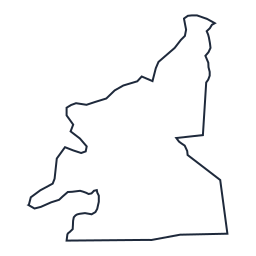 Dire, Timbuktu, Mali
{"feature_id": "8926073B18441291459751", "entity_name": "Dire", "entity_type": "district", "adm_level": 2, "iso_a3": "MLI", "parent_name": "Mali", "parent_adm1": "Timbuktu", "projection": "natural_earth1", "projection_center": [-3.375, 16.321], "detail": "fine", "context": "isolated", "style": "outline", "palette": "slate", "viewbox_px": 256, "rotation_deg": 0, "n_neighbors": 0, "source": "geoboundaries", "source_scale": "gbopen_adm2", "svg_char_len": 1350}
<svg xmlns="http://www.w3.org/2000/svg" viewBox="0 0 256 256"><path d="M148.2,239.9L151.4,240.0L180.1,234.7L227.4,233.7L220.2,180.0L187.6,155.0L187.2,151.0L184.7,145.6L181.4,143.4L179.0,141.6L176.3,138.0L202.9,135.1L206.2,82.5L208.2,79.7L209.7,75.7L209.7,71.9L208.5,67.2L208.3,62.7L205.4,55.8L208.5,52.2L210.5,47.9L210.2,45.3L209.9,43.0L208.9,37.5L208.1,34.5L206.7,31.2L209.8,28.3L211.9,24.8L214.8,23.2L213.6,22.5L213.4,22.4L207.0,18.9L197.0,15.4L191.8,15.4L187.9,15.8L184.0,18.5L184.0,18.8L186.1,29.7L184.9,35.9L180.9,39.9L174.7,47.9L158.5,61.9L155.8,68.2L152.5,81.1L141.7,76.5L137.3,81.3L123.3,85.5L114.7,90.4L106.3,98.5L95.3,101.9L86.5,104.8L76.0,103.2L71.1,105.0L66.6,107.7L66.6,115.4L73.2,124.6L70.6,131.4L79.9,138.5L86.7,146.4L85.7,151.4L81.1,153.0L73.2,150.4L65.0,147.2L56.8,158.5L54.6,178.7L52.7,183.6L40.3,190.3L30.8,197.3L28.8,205.0L28.6,205.1L34.5,208.5L40.8,206.9L51.2,202.3L59.1,199.8L62.6,196.5L67.8,192.0L72.0,191.8L80.1,190.8L82.9,191.6L84.3,192.1L86.2,192.8L86.6,193.0L88.6,194.0L91.5,193.4L93.5,191.3L93.9,190.8L96.8,190.1L97.3,192.7L97.7,193.4L98.8,195.7L98.8,198.3L98.8,201.8L97.2,208.9L95.4,212.1L91.6,214.3L90.6,214.1L85.0,213.1L79.6,213.8L77.2,214.4L75.5,215.4L73.8,217.3L73.1,220.8L72.9,225.5L72.8,226.8L72.7,229.1L69.6,232.1L68.3,233.0L67.4,234.3L66.6,240.6L148.2,239.9Z" fill="none" stroke="#1e293b" stroke-width="2"/></svg>